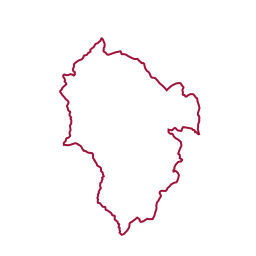 the district of Na Mom, Songkhla, Thailand, rotated 141°
{"feature_id": "78962969B5243255389589", "entity_name": "Na Mom", "entity_type": "district", "adm_level": 2, "iso_a3": "THA", "parent_name": "Thailand", "parent_adm1": "Songkhla", "projection": "orthographic", "projection_center": [100.569, 6.95], "detail": "fine", "context": "isolated", "style": "outline", "palette": "rose", "viewbox_px": 256, "rotation_deg": 141, "n_neighbors": 0, "source": "geoboundaries", "source_scale": "gbopen_adm2", "svg_char_len": 5766}
<svg xmlns="http://www.w3.org/2000/svg" viewBox="0 0 256 256"><g transform="rotate(141 128 128)"><path d="M200.0,48.9L198.3,48.3L197.6,48.3L194.0,48.7L192.0,49.2L189.8,50.0L188.3,51.2L187.0,52.7L186.3,53.0L184.2,52.7L180.4,52.5L177.3,52.6L177.1,52.4L177.0,52.1L176.8,51.0L176.5,49.9L177.2,48.7L177.1,46.9L175.6,46.2L174.3,45.8L172.0,45.6L170.6,45.3L170.2,45.4L169.2,44.2L168.2,43.2L167.0,42.4L166.1,41.7L165.3,42.2L163.6,42.8L162.4,43.4L159.6,45.5L157.5,46.7L156.1,48.0L155.2,49.4L154.7,50.0L152.6,51.7L151.5,52.1L150.3,52.3L149.8,52.6L149.1,52.8L148.2,53.3L147.0,53.6L145.2,54.4L144.9,55.0L144.4,57.5L143.9,58.0L143.3,58.3L142.4,58.3L141.4,58.1L139.6,56.4L138.2,55.4L137.7,55.3L137.1,55.4L135.7,56.1L135.0,56.4L132.6,56.5L130.2,57.0L128.5,56.8L127.5,56.6L126.5,56.3L124.6,55.4L123.7,55.5L120.6,57.3L118.0,59.4L117.6,61.9L117.7,63.7L118.2,64.8L119.4,65.2L120.0,65.5L119.6,66.4L119.3,66.5L118.4,66.6L117.2,67.5L116.9,68.0L116.4,68.4L115.4,68.8L114.2,69.4L113.0,69.7L111.3,69.8L110.7,70.1L109.1,69.4L108.8,69.1L108.4,69.1L108.0,68.7L107.7,68.9L106.7,68.8L106.1,69.0L105.9,69.4L105.9,69.8L106.3,70.6L106.5,71.4L106.8,72.0L105.4,73.5L104.7,74.8L104.7,75.1L105.2,75.8L105.2,76.3L104.7,76.7L102.3,78.2L99.7,79.6L98.3,80.2L97.8,80.5L97.3,81.1L96.2,83.0L95.8,83.8L95.8,85.1L96.6,88.2L97.2,89.3L97.4,90.2L97.7,92.3L97.6,93.0L97.2,94.5L97.2,95.4L97.6,96.1L98.3,96.4L98.7,96.7L99.0,98.2L99.0,99.0L98.9,99.7L97.9,100.7L97.5,101.2L97.1,100.5L96.5,100.0L96.1,99.3L95.2,98.6L94.5,98.5L91.9,98.7L91.6,98.6L91.2,98.0L91.1,97.4L90.9,94.9L88.6,92.3L88.2,92.2L87.9,92.4L86.7,93.2L85.0,94.0L84.7,94.0L84.4,93.8L81.6,90.7L78.7,87.2L78.7,86.9L78.8,86.3L78.8,85.8L78.5,85.4L78.0,85.0L77.8,84.7L77.8,84.1L78.4,82.6L77.8,82.3L77.4,79.9L77.1,78.7L76.6,78.5L75.4,81.3L74.3,83.4L72.6,84.9L71.4,86.5L68.1,88.6L67.7,89.5L67.0,90.1L66.6,90.6L66.2,90.8L66.0,91.3L65.6,91.8L65.5,92.2L65.2,93.2L65.5,93.8L65.0,94.6L64.2,95.6L59.9,98.5L58.4,101.6L57.0,105.4L56.1,106.6L55.6,107.5L56.0,108.2L56.1,108.7L55.9,112.4L56.3,113.5L57.4,114.3L58.3,115.1L61.1,115.7L62.5,115.5L63.3,116.0L63.6,116.4L63.3,117.8L63.4,118.2L64.0,118.6L64.4,119.4L64.3,119.8L62.9,121.1L61.9,123.2L61.2,123.7L59.8,124.3L59.2,124.8L59.3,126.8L59.0,129.7L59.7,130.5L61.3,131.6L62.7,132.3L65.7,133.1L67.8,133.4L72.5,133.2L74.2,133.0L74.2,135.2L74.4,137.7L74.6,139.5L75.3,142.7L75.2,145.4L75.4,149.0L75.7,150.0L77.6,152.1L77.8,152.7L77.8,153.6L76.8,157.2L76.8,158.9L77.4,160.5L77.2,162.5L76.8,164.3L76.2,165.4L75.7,166.6L75.1,167.4L75.1,167.6L75.2,169.0L75.4,169.1L76.2,169.4L76.5,169.8L76.7,170.4L76.5,171.0L76.6,171.6L77.0,172.1L76.9,173.2L77.1,174.2L77.1,175.6L77.4,176.0L78.9,176.9L79.9,178.0L80.6,179.3L82.6,183.7L83.1,185.5L83.8,186.9L84.4,187.6L86.4,189.4L86.4,189.8L85.9,190.6L85.8,191.1L85.6,192.1L85.7,192.6L87.4,193.2L89.3,194.3L90.7,194.9L95.3,196.5L96.8,197.1L97.4,197.5L97.9,198.1L98.1,200.9L98.7,202.6L98.6,203.2L98.3,203.6L97.3,204.4L96.7,205.3L96.4,205.5L95.6,205.6L95.3,205.7L94.6,206.6L93.7,207.4L93.4,207.8L92.8,209.1L92.6,210.1L91.9,212.3L91.8,213.3L91.9,213.9L92.1,214.3L92.4,214.3L92.7,214.2L94.0,213.4L94.7,213.1L96.0,213.2L98.0,213.0L98.7,213.2L99.8,213.6L100.3,213.7L101.2,213.6L102.4,212.9L103.6,212.5L104.4,212.5L107.6,212.6L108.4,212.2L109.0,211.1L109.2,210.9L111.2,211.3L111.9,211.3L113.7,210.8L114.2,210.8L116.5,211.9L116.9,211.9L117.2,211.8L118.1,211.1L118.9,210.7L120.1,210.4L120.7,210.5L123.1,211.3L124.8,211.7L127.8,211.8L129.6,211.6L130.2,211.3L130.7,210.4L131.7,209.5L132.2,209.2L133.3,208.7L134.0,208.3L134.2,208.0L134.3,207.3L134.7,206.7L134.7,206.3L134.2,204.7L135.3,203.8L135.4,203.2L136.6,202.8L136.9,202.8L137.2,203.0L137.8,204.8L138.3,205.2L138.8,206.1L140.8,206.6L141.6,207.0L142.8,208.0L143.2,208.5L143.4,209.2L143.6,209.5L144.3,209.8L144.6,209.8L145.0,209.7L146.1,208.7L146.2,206.6L146.6,205.3L146.9,204.8L147.9,204.2L148.0,204.1L147.9,202.0L148.1,201.3L148.3,200.9L148.7,200.8L151.5,200.7L154.1,200.4L155.1,199.7L155.8,199.5L157.4,199.4L157.8,199.1L158.0,198.8L158.3,195.1L158.1,192.4L158.2,189.8L157.7,186.9L157.9,185.7L158.2,185.2L158.9,184.6L161.3,183.7L161.9,183.1L162.1,181.7L163.0,180.2L163.3,179.1L162.8,176.9L162.9,176.7L164.9,175.4L165.2,174.9L165.5,174.1L165.5,172.1L166.6,171.6L166.9,171.3L166.9,170.3L167.5,169.3L168.3,168.3L169.5,167.1L171.2,166.5L171.7,166.2L172.8,164.5L173.7,162.8L174.3,162.3L175.6,161.7L176.5,161.0L177.1,160.1L177.5,158.7L178.0,158.3L178.7,158.1L179.8,157.9L180.6,158.0L181.9,158.6L182.6,158.6L183.1,158.4L184.1,157.5L184.8,157.2L185.6,156.9L187.0,156.9L187.4,156.7L187.7,156.4L188.1,155.7L188.4,155.2L185.4,152.3L184.4,151.7L182.8,151.0L178.8,149.5L178.1,148.9L177.3,147.4L176.6,145.1L176.0,143.7L176.5,140.7L176.7,139.9L176.7,139.5L176.5,139.0L176.8,138.2L175.3,136.7L175.1,135.2L174.3,133.7L171.7,131.0L171.7,130.7L171.8,130.3L171.7,129.8L172.1,129.0L173.4,127.5L174.0,126.6L174.0,125.7L174.4,124.8L174.2,123.9L174.6,122.8L174.7,120.6L175.0,119.5L175.4,118.8L175.5,118.3L175.4,117.7L174.3,115.1L174.3,114.2L174.6,113.4L176.0,111.6L176.0,111.2L175.7,109.4L176.8,107.4L177.1,106.5L177.1,105.8L179.4,105.7L179.9,104.3L181.4,103.7L182.4,102.7L182.8,102.6L183.8,102.6L184.4,102.4L186.3,100.3L186.5,99.8L186.9,98.3L188.5,97.9L190.8,96.9L191.1,96.6L191.3,96.0L191.7,95.7L192.7,95.5L193.2,95.3L193.9,93.9L194.9,93.5L195.8,92.9L196.1,92.3L196.1,91.3L197.4,90.4L198.4,89.0L198.4,88.7L197.7,88.0L197.1,87.1L197.2,83.5L197.2,82.8L195.5,81.0L195.6,80.5L196.7,78.7L196.7,78.2L196.0,77.2L195.1,74.5L194.6,72.3L195.0,70.4L195.0,70.0L194.6,69.3L193.7,68.3L193.7,68.0L193.9,67.5L195.1,66.3L195.9,65.2L195.9,64.8L195.6,63.9L195.2,62.1L195.3,61.5L195.9,60.0L195.9,59.6L195.4,58.9L195.4,58.7L195.6,58.4L197.8,56.8L197.8,56.5L197.4,55.4L198.2,54.7L198.6,54.3L199.2,52.7L200.2,52.2L200.4,52.0L200.2,49.4L200.0,48.9Z" fill="none" stroke="#9f1239" stroke-width="2"/></g></svg>